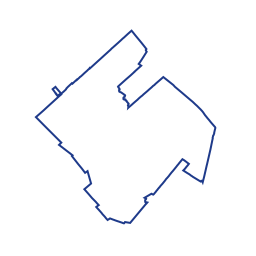 outline of Colceag, Prahova, Romania, rotated 337°
{"feature_id": "2599482B36947039095978", "entity_name": "Colceag", "entity_type": "district", "adm_level": 2, "iso_a3": "ROU", "parent_name": "Romania", "parent_adm1": "Prahova", "projection": "robinson", "projection_center": [26.382, 44.938], "detail": "fine", "context": "isolated", "style": "outline", "palette": "blue", "viewbox_px": 256, "rotation_deg": 337, "n_neighbors": 0, "source": "geoboundaries", "source_scale": "gbopen_adm2", "svg_char_len": 5258}
<svg xmlns="http://www.w3.org/2000/svg" viewBox="0 0 256 256"><g transform="rotate(337 128 128)"><path d="M92.9,216.2L106.5,209.2L111.0,206.9L114.3,205.2L115.3,204.8L116.3,204.3L116.7,204.1L116.3,203.8L116.0,203.7L115.8,203.6L115.2,203.5L115.1,203.4L115.0,203.2L115.3,202.8L115.3,202.7L115.2,202.6L115.1,202.4L115.2,202.0L115.4,201.6L115.5,201.3L115.7,201.0L115.8,200.9L116.0,200.8L116.6,200.6L116.8,200.5L117.0,200.3L117.1,200.2L117.0,199.9L116.9,199.7L116.7,199.5L116.4,199.2L116.0,198.7L122.8,197.8L123.1,197.8L123.8,197.7L124.0,197.7L124.2,197.9L124.3,198.1L124.6,198.6L125.0,199.0L125.3,199.2L125.5,199.1L126.1,198.9L126.6,198.6L126.8,198.5L127.2,198.3L127.6,198.1L128.0,197.9L128.6,197.6L129.0,197.4L129.7,196.9L130.2,196.7L130.4,196.6L130.5,196.6L131.0,196.3L132.0,195.7L132.9,195.3L133.1,195.1L133.3,195.0L133.8,194.9L135.1,194.1L136.6,193.4L138.1,192.7L139.4,192.0L141.3,191.0L143.3,189.8L144.7,189.2L147.1,188.0L148.2,187.3L149.7,186.5L150.8,185.9L152.1,185.3L154.6,184.0L156.1,183.2L157.6,182.4L158.8,181.7L160.3,181.0L160.7,180.7L165.9,178.0L167.2,179.8L170.0,184.8L168.4,185.7L167.2,186.3L165.8,187.0L165.6,187.1L165.4,187.3L165.2,187.4L165.0,187.5L163.5,188.2L163.0,188.4L162.3,188.7L164.8,192.4L166.2,194.3L166.9,195.4L167.4,196.4L168.2,197.5L168.5,198.1L173.6,205.2L174.1,205.8L174.3,205.8L174.5,205.6L174.6,205.4L174.8,205.3L175.0,205.5L175.3,205.5L175.4,206.0L175.5,206.6L175.6,206.8L175.6,207.1L179.2,202.4L186.0,193.0L186.7,192.1L189.6,188.1L190.4,187.0L190.7,186.6L191.4,185.6L192.0,184.8L194.6,181.2L195.2,180.4L196.8,178.1L198.5,175.6L199.2,174.6L199.6,174.0L200.5,172.7L202.0,170.6L202.0,170.4L202.0,170.2L202.4,169.7L203.2,168.6L203.3,168.4L203.6,168.2L204.2,167.8L204.4,167.5L204.5,167.4L204.8,167.1L205.0,166.9L205.2,166.7L205.3,166.5L205.4,166.3L205.5,166.0L205.9,165.5L206.6,164.5L207.5,163.3L207.9,162.8L208.2,162.4L208.4,162.1L208.5,161.9L208.5,161.5L208.5,161.4L208.5,161.2L206.9,156.3L206.3,154.4L205.8,152.5L205.0,150.0L204.4,147.8L203.9,146.2L203.8,145.5L203.6,144.7L203.3,143.0L202.7,140.9L202.5,140.5L202.2,139.5L201.6,138.1L200.2,134.6L199.3,132.7L198.4,130.6L197.7,129.0L196.3,126.3L191.3,116.3L188.2,110.2L187.2,108.2L186.9,107.2L186.5,106.1L180.4,94.9L175.9,96.4L173.7,97.1L170.6,98.1L168.9,98.8L167.7,99.0L166.9,99.3L165.6,99.8L162.5,100.8L160.2,101.6L155.1,103.2L153.9,103.7L152.6,104.0L152.0,104.2L150.7,104.6L149.2,105.1L147.8,105.7L147.4,105.8L145.5,106.4L142.4,107.4L140.1,108.2L138.2,108.8L136.9,109.2L136.1,109.5L136.4,109.0L136.6,108.6L136.7,108.3L136.8,107.9L136.8,107.7L136.8,107.4L136.7,107.3L136.7,107.2L136.8,107.0L136.9,106.9L137.3,106.7L137.7,106.5L137.9,106.3L138.0,106.1L138.1,105.8L138.0,105.6L137.8,105.1L137.7,105.0L137.7,104.8L137.7,104.6L137.6,104.2L137.4,103.9L137.3,103.7L137.3,103.3L137.3,103.0L137.3,102.8L137.3,102.6L137.2,102.3L137.0,102.1L136.8,102.0L136.6,101.9L136.5,101.7L136.6,101.4L136.8,101.2L136.8,100.9L136.8,100.7L136.5,100.5L136.3,100.4L136.2,100.4L135.7,100.3L135.4,100.1L135.4,99.9L135.2,99.7L135.1,99.4L135.3,99.2L135.6,99.1L135.6,98.9L135.6,98.6L135.6,98.4L135.8,98.2L136.2,98.1L136.6,98.0L136.8,98.0L137.1,97.9L137.3,97.9L137.4,97.7L137.4,97.2L137.5,97.1L137.9,97.1L138.0,97.0L138.1,96.9L138.1,96.7L137.8,96.2L137.6,95.8L137.1,95.0L135.8,92.9L135.6,92.6L135.4,92.3L135.2,92.2L134.9,92.0L134.7,91.7L134.2,91.1L134.2,90.9L134.3,90.8L134.5,90.6L134.5,90.1L134.5,89.8L134.5,89.7L135.1,89.5L135.2,89.4L135.3,89.3L135.2,89.0L135.2,88.9L135.4,88.8L135.4,88.6L135.5,88.4L135.4,88.0L135.0,86.9L135.0,86.5L135.3,86.2L135.2,85.9L137.7,85.0L145.0,82.5L150.9,80.6L156.0,78.8L156.0,78.7L156.6,78.5L164.5,75.8L162.9,73.2L164.6,72.2L166.0,71.3L170.7,68.1L171.4,67.6L175.0,65.1L174.9,64.6L174.7,63.7L174.9,63.1L175.3,62.9L175.5,62.7L175.8,62.5L175.4,61.0L173.7,54.8L170.9,45.4L170.0,42.1L169.4,40.1L169.3,39.8L164.8,41.3L159.5,43.2L158.1,43.6L155.7,44.5L153.4,45.3L152.3,45.7L144.8,48.2L144.1,48.4L143.4,48.7L142.8,49.0L127.3,54.4L116.1,58.3L116.0,58.0L115.9,58.1L115.4,58.3L114.8,58.5L113.6,58.9L113.3,59.1L113.0,59.2L110.0,60.2L109.2,60.5L108.8,60.6L108.1,60.9L107.5,61.1L106.8,61.4L106.1,61.6L105.6,61.8L104.7,62.1L103.6,62.3L103.3,62.5L99.7,63.8L99.7,63.5L97.4,64.3L96.6,64.6L94.2,65.5L93.9,64.8L88.4,66.8L87.8,67.1L87.4,67.3L87.0,67.4L86.8,67.5L86.6,67.6L86.2,68.1L85.8,68.3L83.1,69.3L81.5,69.8L81.2,69.9L80.7,70.1L79.9,70.4L79.4,68.6L78.9,67.1L77.7,63.4L77.3,61.8L76.2,62.1L73.8,62.8L74.4,65.2L74.7,66.5L75.1,67.7L75.3,68.4L75.0,68.4L75.3,69.6L75.7,70.9L78.4,70.2L79.5,70.0L79.8,70.9L78.7,71.3L77.9,71.5L69.1,74.6L62.2,77.0L57.2,78.8L53.6,80.0L47.5,82.0L51.9,93.1L60.9,115.4L57.9,116.6L66.3,131.5L65.4,131.9L68.0,141.6L69.6,147.0L71.0,152.5L73.9,151.9L72.3,164.7L63.9,167.3L64.9,170.3L66.0,173.6L67.5,178.4L69.5,183.4L70.1,185.4L70.2,185.5L70.3,185.9L70.5,186.3L70.5,186.6L70.7,187.0L70.9,187.5L70.4,187.6L69.8,187.8L68.8,188.1L68.7,188.1L68.2,188.2L67.9,188.3L68.5,190.1L69.2,192.0L69.7,193.6L69.9,194.0L70.0,194.4L70.1,194.8L70.2,195.1L70.5,195.9L70.8,197.3L71.4,198.9L72.0,200.6L72.6,202.8L72.7,203.1L73.3,204.7L74.2,204.5L74.5,204.5L74.8,204.5L75.4,204.3L76.1,204.2L78.1,206.1L78.6,206.6L79.3,207.2L80.1,208.0L82.1,209.8L83.5,211.0L83.9,211.4L85.5,212.8L86.3,213.6L86.7,214.0L87.2,214.2L88.5,213.4L88.8,213.6L92.9,216.2Z" fill="none" stroke="#1e3a8a" stroke-width="2"/></g></svg>